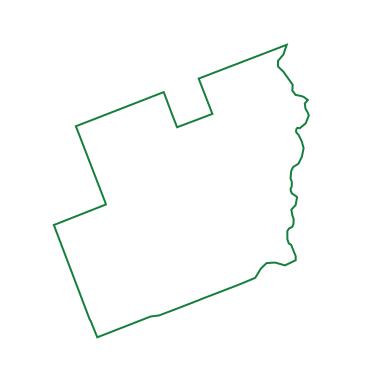 Beauregard, Louisiana, United States of America (orthographic projection), rotated 159°
{"feature_id": "52423323B21900392582772", "entity_name": "Beauregard", "entity_type": "district", "adm_level": 2, "iso_a3": "USA", "parent_name": "United States of America", "parent_adm1": "Louisiana", "projection": "orthographic", "projection_center": [-93.525, 30.643], "detail": "fine", "context": "isolated", "style": "outline", "palette": "green", "viewbox_px": 384, "rotation_deg": 159, "n_neighbors": 0, "source": "geoboundaries", "source_scale": "gbopen_adm2", "svg_char_len": 1072}
<svg xmlns="http://www.w3.org/2000/svg" viewBox="0 0 384 384"><g transform="rotate(159 192 192)"><path d="M332.5,90.3L275.2,90.6L267.2,88.6L248.9,88.5L222.6,88.6L221.1,88.7L181.7,88.7L163.7,89.2L155.2,95.8L147.9,98.9L139.8,96.4L131.5,90.2L119.7,91.1L118.2,94.8L118.4,107.2L120.1,109.3L119.9,113.7L117.1,121.1L116.5,121.8L114.3,123.2L110.9,123.5L108.7,125.9L106.8,130.2L106.7,134.0L105.6,139.9L100.0,142.6L95.8,149.4L96.4,150.9L99.3,154.9L99.4,157.5L98.8,159.7L96.9,161.4L95.2,165.7L95.1,169.5L91.8,176.1L88.7,179.0L82.5,180.3L76.8,185.5L72.1,192.9L71.4,199.6L72.0,207.0L72.9,209.2L73.3,210.6L72.8,212.1L71.6,213.7L70.5,214.1L69.7,213.6L68.5,212.9L61.2,215.4L55.5,221.6L55.5,224.9L56.2,229.0L55.0,234.2L50.9,236.4L53.6,240.6L55.5,242.4L60.5,245.5L62.0,250.7L59.6,256.1L63.6,271.7L66.5,277.7L66.5,279.1L64.7,283.6L57.4,287.6L50.8,295.5L145.1,295.5L145.1,287.4L145.0,264.1L145.0,257.6L182.7,257.8L182.8,270.4L182.6,295.4L276.9,295.0L276.8,286.2L276.7,213.1L276.9,211.2L332.8,210.7L333.2,109.9L332.8,107.9L332.5,90.3Z" fill="none" stroke="#15803d" stroke-width="2"/></g></svg>